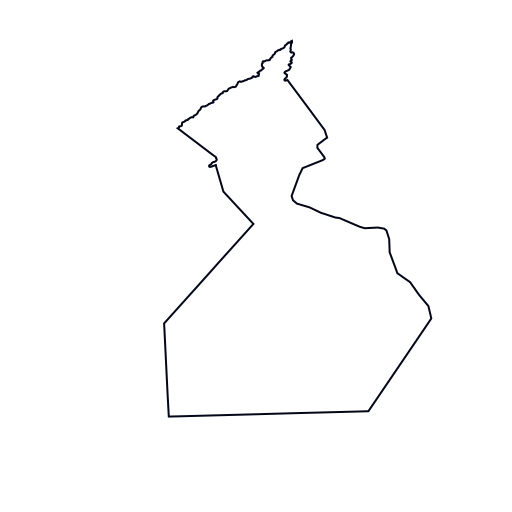 Mongu, Western, Zambia, rotated 68°
{"feature_id": "96606910B8342530541372", "entity_name": "Mongu", "entity_type": "district", "adm_level": 2, "iso_a3": "ZMB", "parent_name": "Zambia", "parent_adm1": "Western", "projection": "equal_earth", "projection_center": [23.028, -15.443], "detail": "fine", "context": "isolated", "style": "outline", "palette": "ink", "viewbox_px": 512, "rotation_deg": 68, "n_neighbors": 0, "source": "geoboundaries", "source_scale": "gbopen_adm2", "svg_char_len": 5611}
<svg xmlns="http://www.w3.org/2000/svg" viewBox="0 0 512 512"><g transform="rotate(68 256 256)"><path d="M108.3,280.7L116.7,275.7L143.4,259.8L147.7,257.2L148.8,256.4L149.7,256.1L150.4,256.3L150.5,256.4L151.1,256.2L151.7,256.2L152.2,256.5L152.7,257.2L153.0,257.8L153.1,258.3L153.1,258.7L153.2,259.1L153.0,259.8L152.9,260.3L153.0,260.9L153.1,261.4L153.1,261.7L153.2,262.1L153.5,262.4L153.8,262.7L154.0,262.9L154.1,263.2L154.2,263.6L154.2,263.9L154.3,264.5L154.3,264.9L154.6,265.5L154.8,265.7L155.2,265.8L155.5,265.9L155.9,265.7L156.0,265.6L156.2,265.2L156.4,264.5L156.5,263.7L156.5,263.1L156.4,262.5L156.5,262.0L156.5,261.3L156.6,260.7L156.6,260.2L156.5,259.7L156.5,259.4L156.6,259.1L157.6,259.4L158.5,259.5L184.1,262.1L225.3,246.4L248.2,293.3L254.0,305.0L260.2,317.6L279.3,356.7L284.1,366.5L288.0,367.8L350.6,389.6L372.2,397.0L372.3,396.8L375.0,389.6L397.6,329.1L416.0,279.6L436.5,224.8L442.0,210.0L442.0,209.9L397.9,144.1L383.4,122.5L379.6,116.9L375.5,116.2L367.6,115.0L367.2,115.0L366.8,115.0L366.7,115.0L364.6,115.7L362.1,116.5L360.2,117.1L358.4,117.7L354.6,118.9L352.6,119.5L349.3,120.3L344.4,121.4L343.4,121.7L338.4,122.8L338.0,123.0L337.5,123.2L336.3,124.0L332.5,126.5L327.0,130.0L324.9,131.4L320.9,131.2L302.7,130.7L290.3,126.2L281.2,125.5L278.6,127.0L275.2,132.5L271.0,144.7L267.9,148.7L261.9,154.7L252.0,164.5L250.0,168.1L242.2,177.3L240.2,179.7L231.0,188.1L222.8,198.4L218.2,200.8L213.7,200.5L197.1,185.5L192.6,180.5L192.0,179.9L192.1,158.2L191.5,155.8L190.0,155.6L178.6,158.6L175.9,157.3L173.5,148.3L172.9,145.7L169.1,145.5L164.9,145.2L139.3,151.8L105.0,160.8L104.6,160.9L104.6,161.4L104.6,162.1L104.5,162.7L104.3,163.4L103.8,163.7L103.1,163.6L102.6,163.0L102.1,161.6L101.7,160.7L101.1,160.0L100.6,159.8L100.1,159.8L99.8,159.6L99.6,159.4L99.1,159.7L98.3,160.2L97.8,160.4L97.4,160.9L96.8,161.0L96.3,160.6L96.1,160.0L95.9,159.2L95.9,158.2L95.9,157.2L95.9,156.5L95.8,155.7L95.3,154.8L94.9,154.4L94.3,153.6L93.9,153.1L93.7,153.0L93.0,153.3L92.1,153.8L91.4,154.0L90.9,154.1L90.7,153.8L90.7,153.3L90.8,152.3L90.7,151.4L90.3,150.5L89.5,150.6L89.0,151.0L88.6,151.2L88.3,151.1L88.2,150.7L88.2,150.4L88.2,149.9L88.0,149.6L87.7,149.4L87.5,149.5L87.0,149.7L86.7,149.5L86.3,149.3L85.6,149.3L85.3,149.1L85.3,148.3L84.8,147.4L84.5,146.7L84.0,146.0L83.5,145.3L83.0,145.0L82.3,145.0L81.6,145.1L80.9,145.7L80.7,146.1L80.7,146.4L80.8,146.6L80.5,147.0L80.2,147.4L79.4,147.6L78.7,147.1L78.4,146.9L78.1,146.6L77.6,146.4L77.3,146.3L77.0,146.4L76.4,146.3L75.9,146.0L75.6,145.7L75.0,145.3L74.3,145.0L74.0,144.7L73.5,144.5L72.9,144.3L72.4,143.9L72.2,143.5L71.7,142.8L71.2,142.5L70.6,142.3L70.0,142.1L70.0,142.4L70.1,143.2L70.4,143.5L70.4,143.8L70.6,144.1L70.8,144.9L70.6,145.4L70.2,145.6L70.2,146.7L70.6,145.9L70.6,146.6L70.7,147.0L70.7,147.5L70.9,147.5L71.2,148.1L71.4,148.9L71.5,149.4L71.5,149.5L71.7,150.3L71.9,150.5L72.1,150.6L72.6,150.9L72.6,151.0L73.0,151.4L73.3,151.9L73.5,152.7L73.5,154.5L73.4,154.8L73.5,155.0L73.5,155.4L73.5,155.5L73.8,155.8L74.0,156.1L74.0,156.8L73.6,157.0L73.5,158.3L73.9,159.5L74.0,160.0L74.1,160.8L74.1,161.6L74.8,162.2L75.2,162.5L75.3,162.8L75.7,163.2L76.2,165.1L76.5,165.4L76.8,165.9L77.1,166.2L77.4,166.2L77.4,166.6L77.8,167.1L77.9,167.8L77.9,168.0L78.4,168.9L78.8,169.1L79.3,169.7L79.4,170.6L79.4,170.8L79.3,171.0L79.0,171.2L79.0,171.3L79.0,171.6L78.9,172.2L78.6,172.7L78.5,173.2L78.5,174.1L78.7,174.6L78.8,174.9L78.8,175.3L78.7,175.5L78.1,176.4L78.4,177.1L79.0,177.4L79.6,177.5L80.2,178.6L81.9,179.3L82.1,179.3L82.5,179.2L83.1,179.2L83.6,178.8L84.6,178.4L85.0,178.9L85.2,180.3L85.4,180.6L85.9,181.8L85.7,182.5L85.9,183.3L86.4,183.8L86.4,185.2L86.7,186.0L87.4,185.9L87.5,185.7L88.3,185.0L89.2,185.6L90.0,186.1L90.0,186.9L89.7,187.5L89.7,188.3L89.8,189.5L89.1,190.4L88.5,190.8L88.3,191.2L88.3,191.7L88.4,192.0L88.7,192.1L89.1,192.4L89.1,192.5L89.3,193.7L89.3,195.0L89.2,195.5L89.1,195.9L88.9,196.9L88.9,197.6L89.2,198.4L89.2,199.7L89.1,200.3L88.9,200.6L89.1,201.3L89.2,202.2L88.9,203.2L88.9,203.5L89.0,203.8L88.9,204.8L88.5,205.2L88.0,205.6L88.0,206.0L88.1,206.9L88.1,207.1L88.3,207.6L88.6,207.9L88.9,208.2L89.2,208.5L89.4,208.7L90.0,209.2L90.5,210.2L90.8,210.5L91.1,210.8L91.4,211.3L91.4,211.9L91.4,212.5L91.1,213.3L90.6,213.9L90.6,214.4L90.5,216.1L90.5,216.6L90.6,216.9L90.6,217.7L90.7,218.4L90.7,218.5L91.1,219.4L91.6,220.0L91.9,220.4L92.2,221.0L92.2,221.4L92.1,221.9L91.9,222.3L91.4,223.6L91.4,224.8L91.8,225.3L91.9,225.7L92.2,226.1L92.5,226.1L92.5,226.4L92.5,227.3L92.4,227.7L92.4,228.0L92.5,228.2L93.0,229.1L93.1,229.7L93.3,229.8L93.5,230.2L93.5,230.4L93.8,231.1L94.0,231.8L94.1,232.0L94.7,232.5L94.9,232.5L95.3,232.6L95.7,233.0L95.8,234.0L95.8,234.3L95.7,235.1L95.7,236.8L95.9,237.5L96.4,237.7L96.9,237.6L97.5,237.8L97.7,238.6L97.4,239.3L97.4,240.7L97.6,241.9L97.4,242.3L97.4,242.9L97.7,243.4L98.1,245.2L98.1,246.0L98.0,246.3L98.0,246.6L98.2,246.8L98.2,247.4L97.8,248.3L97.5,248.9L97.4,249.6L97.4,250.5L97.6,250.7L97.7,251.1L98.2,251.6L98.5,252.0L98.8,252.3L99.1,252.5L99.5,253.2L99.9,254.6L100.2,255.2L100.4,255.4L101.0,256.0L101.3,256.4L101.8,256.9L102.3,258.0L102.6,259.2L102.6,260.5L103.0,261.6L103.4,261.8L103.9,262.3L103.8,262.6L103.7,262.7L103.2,263.6L103.2,264.4L103.2,265.0L103.3,265.3L103.3,265.5L103.7,266.7L103.7,267.6L104.0,268.0L104.3,268.3L104.3,268.6L104.2,269.0L104.0,269.6L104.0,270.8L104.4,271.3L104.5,271.3L104.6,271.8L104.6,272.4L104.6,272.8L104.6,273.1L104.6,273.4L104.6,274.2L104.8,274.6L105.2,274.8L105.8,275.1L106.5,275.5L107.1,275.8L107.4,276.1L107.4,276.4L107.5,277.0L107.4,277.5L107.3,277.9L107.2,278.2L107.1,278.6L107.2,278.9L107.4,279.0L107.6,279.2L108.0,279.3L108.2,279.8L108.3,280.3L108.3,280.7Z" fill="none" stroke="#020617" stroke-width="2"/></g></svg>